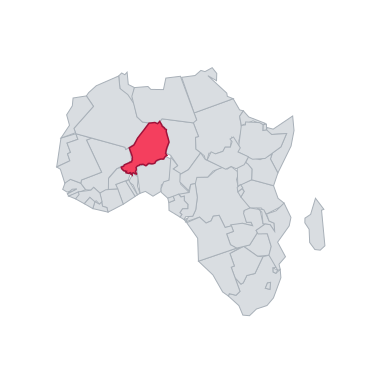 where Niger sits in Africa, rotated 340°
{"feature_id": "NER", "entity_name": "Niger", "entity_type": "country or territory", "adm_level": 0, "iso_a3": "NER", "parent_name": "Africa", "parent_adm1": "", "projection": "mercator", "projection_center": [6.366, 17.607], "detail": "fine", "context": "in_parent", "style": "filled", "palette": "rose", "viewbox_px": 384, "rotation_deg": 340, "n_neighbors": 49, "source": "natural_earth", "source_scale": "50m", "svg_char_len": 12858}
<svg xmlns="http://www.w3.org/2000/svg" viewBox="0 0 384 384"><g transform="rotate(340 192 192)"><path d="M252.2,200.9L270.8,214.0L270.7,227.4L274.7,233.9L271.9,236.0L254.5,238.2L251.6,230.7L241.1,226.9L237.2,220.5L236.2,213.4L241.2,209.3L240.0,201.5L252.2,200.9Z" fill="#d9dde1" stroke="#a8b0b8" stroke-width="1"/><path d="M102.8,97.5L102.8,103.5L91.3,103.3L91.4,113.2L88.1,113.5L87.9,120.9L73.4,122.2L87.3,96.5L102.8,97.5Z" fill="#d9dde1" stroke="#a8b0b8" stroke-width="1"/><path d="M236.2,213.4L241.1,226.9L234.1,227.6L232.8,239.2L237.2,240.6L237.5,244.5L228.6,238.6L211.0,236.7L209.5,223.2L203.7,222.0L200.0,225.7L194.6,226.0L190.5,218.2L176.0,217.9L181.0,213.4L184.4,215.0L189.4,210.0L195.1,199.0L198.3,182.8L201.6,179.9L211.9,183.4L223.3,179.1L229.3,179.2L233.0,182.5L237.5,181.4L242.6,189.8L238.1,195.5L236.2,213.4Z" fill="#d9dde1" stroke="#a8b0b8" stroke-width="1"/><path d="M279.2,203.5L277.0,187.8L281.1,182.7L291.0,180.0L300.9,169.4L286.5,165.2L282.6,160.2L284.6,157.1L289.8,160.7L312.6,155.0L308.9,169.1L300.8,182.7L279.2,203.5Z" fill="#d9dde1" stroke="#a8b0b8" stroke-width="1"/><path d="M270.8,214.0L252.2,200.9L256.2,190.9L252.6,182.6L257.1,178.2L267.0,184.9L280.1,183.8L277.0,187.8L279.2,203.5L270.8,214.0Z" fill="#d9dde1" stroke="#a8b0b8" stroke-width="1"/><path d="M219.5,168.6L216.8,167.0L215.6,166.0L215.9,162.0L210.2,153.0L214.0,141.8L217.1,142.1L216.9,125.9L221.0,125.9L221.0,118.4L262.6,118.4L264.8,131.1L268.0,133.3L262.6,137.2L260.5,149.5L253.5,160.0L252.5,167.0L248.1,154.2L243.3,163.0L238.5,161.2L234.9,164.4L227.1,164.2L221.2,161.3L217.1,167.2L219.5,168.6Z" fill="#d9dde1" stroke="#a8b0b8" stroke-width="1"/><path d="M216.9,127.5L217.1,142.1L214.0,141.8L210.2,153.0L213.5,158.2L196.3,169.8L186.9,171.4L182.2,163.9L187.5,162.3L184.5,150.3L180.8,146.6L186.8,138.4L189.1,124.5L185.4,115.1L188.9,113.0L216.9,127.5Z" fill="#d9dde1" stroke="#a8b0b8" stroke-width="1"/><path d="M190.6,302.2L192.3,300.3L198.0,304.1L203.1,301.8L203.1,287.3L206.5,295.3L209.1,294.9L215.0,289.2L223.3,290.1L236.5,277.1L242.7,277.7L245.3,285.8L245.0,291.5L242.2,291.0L240.9,295.0L243.0,297.1L248.4,295.0L246.2,303.0L232.3,319.4L223.7,324.3L212.5,324.0L203.7,327.9L197.7,325.1L197.2,314.8L190.6,302.2ZM234.9,303.8L231.8,303.3L228.0,307.5L231.9,310.2L234.9,303.8Z" fill="#d9dde1" stroke="#a8b0b8" stroke-width="1"/><path d="M234.9,303.8L231.9,310.2L228.0,307.5L231.8,303.3L234.9,303.8Z" fill="#d9dde1" stroke="#a8b0b8" stroke-width="1"/><path d="M242.7,277.7L231.6,274.8L221.9,260.8L228.1,261.5L239.5,252.6L248.5,257.0L247.8,270.3L242.7,277.7Z" fill="#d9dde1" stroke="#a8b0b8" stroke-width="1"/><path d="M236.5,277.1L223.3,290.1L215.0,289.2L209.1,294.9L206.5,295.3L203.1,287.3L203.1,276.1L206.5,276.0L206.6,262.7L221.9,260.8L231.6,274.8L236.5,277.1Z" fill="#d9dde1" stroke="#a8b0b8" stroke-width="1"/><path d="M203.1,276.1L203.1,301.8L198.0,304.1L192.3,300.3L190.6,302.2L186.6,296.4L183.3,277.1L174.4,259.2L221.2,260.2L206.6,262.7L206.5,276.0L203.1,276.1Z" fill="#d9dde1" stroke="#a8b0b8" stroke-width="1"/><path d="M74.6,149.4L71.4,145.3L76.7,139.0L82.1,138.5L90.5,145.7L92.9,153.5L74.7,153.7L74.2,151.0L84.7,149.7L74.6,149.4Z" fill="#d9dde1" stroke="#a8b0b8" stroke-width="1"/><path d="M92.9,153.5L90.5,145.7L92.3,142.9L113.8,142.5L110.6,107.1L116.0,107.0L144.3,127.0L144.3,129.4L148.2,129.0L146.0,142.2L129.5,144.4L119.2,149.8L114.3,161.0L105.1,161.5L101.2,154.0L97.6,155.7L92.9,153.5Z" fill="#d9dde1" stroke="#a8b0b8" stroke-width="1"/><path d="M73.4,122.2L87.9,120.9L88.1,113.5L91.4,113.2L91.3,103.3L102.8,103.5L102.8,97.5L116.0,107.0L110.6,107.1L113.8,142.5L92.3,142.9L90.5,145.7L82.1,138.5L75.5,140.2L76.1,125.6L73.4,122.2Z" fill="#d9dde1" stroke="#a8b0b8" stroke-width="1"/><path d="M142.7,175.5L139.8,176.0L139.1,165.4L136.0,160.6L143.2,154.3L146.6,159.7L142.8,167.6L142.7,175.5Z" fill="#d9dde1" stroke="#a8b0b8" stroke-width="1"/><path d="M142.7,175.5L148.6,148.8L164.9,152.2L179.2,149.4L184.4,154.8L174.5,173.0L165.6,174.9L163.1,180.8L153.9,182.6L148.4,175.5L142.7,175.5Z" fill="#d9dde1" stroke="#a8b0b8" stroke-width="1"/><path d="M184.1,152.0L187.5,162.3L182.2,163.9L187.4,170.5L184.1,180.9L189.2,191.5L167.1,189.5L163.0,181.8L164.0,178.3L168.8,172.8L174.5,173.0L184.1,152.0Z" fill="#d9dde1" stroke="#a8b0b8" stroke-width="1"/><path d="M136.4,158.7L139.8,176.0L137.0,176.7L133.1,159.8L136.4,158.7Z" fill="#d9dde1" stroke="#a8b0b8" stroke-width="1"/><path d="M133.3,158.6L137.0,176.7L123.2,180.0L122.9,158.8L133.3,158.6Z" fill="#d9dde1" stroke="#a8b0b8" stroke-width="1"/><path d="M105.1,161.5L111.5,160.4L123.3,163.6L123.2,180.0L106.2,182.2L106.7,177.5L103.1,174.8L105.1,161.5Z" fill="#d9dde1" stroke="#a8b0b8" stroke-width="1"/><path d="M85.2,153.0L97.6,155.7L101.2,154.0L105.1,161.5L104.2,170.5L100.9,171.8L99.0,167.5L96.4,168.1L94.2,162.1L86.8,166.2L80.2,158.6L85.2,153.0Z" fill="#d9dde1" stroke="#a8b0b8" stroke-width="1"/><path d="M74.7,153.7L85.2,153.0L85.0,155.8L80.2,158.6L74.7,153.7Z" fill="#d9dde1" stroke="#a8b0b8" stroke-width="1"/><path d="M103.6,170.5L103.1,174.8L106.7,177.5L106.2,182.2L93.1,173.7L97.4,167.9L100.9,171.8L103.6,170.5Z" fill="#d9dde1" stroke="#a8b0b8" stroke-width="1"/><path d="M86.8,166.2L94.2,162.1L97.4,167.9L93.1,173.7L86.8,166.2Z" fill="#d9dde1" stroke="#a8b0b8" stroke-width="1"/><path d="M114.3,161.0L118.2,150.7L129.5,144.4L134.6,144.6L136.8,152.1L140.9,152.9L136.4,158.7L122.9,158.8L123.3,163.6L114.3,161.0Z" fill="#d9dde1" stroke="#a8b0b8" stroke-width="1"/><path d="M229.3,179.2L218.9,179.6L211.9,183.4L201.6,179.9L198.0,185.2L193.4,184.5L189.4,189.6L184.0,178.4L186.9,171.4L196.3,169.8L213.5,158.2L215.6,166.0L229.3,179.2Z" fill="#d9dde1" stroke="#a8b0b8" stroke-width="1"/><path d="M198.0,185.2L195.1,199.0L189.4,210.0L184.4,215.0L177.5,213.1L175.1,215.2L172.2,211.5L174.8,209.6L173.5,207.3L177.4,204.4L182.3,206.2L183.9,202.2L181.8,197.4L183.3,193.3L179.9,192.9L179.1,189.6L189.2,191.5L193.4,184.5L198.0,185.2Z" fill="#d9dde1" stroke="#a8b0b8" stroke-width="1"/><path d="M172.8,189.6L178.7,189.4L179.9,192.9L183.3,193.3L181.8,197.4L183.9,202.2L182.3,206.2L177.4,204.4L173.5,207.3L174.8,209.6L172.2,211.5L164.1,201.4L166.6,194.0L172.8,193.8L172.8,189.6Z" fill="#d9dde1" stroke="#a8b0b8" stroke-width="1"/><path d="M167.1,189.5L172.8,189.6L172.8,193.8L166.6,194.0L167.1,189.5Z" fill="#d9dde1" stroke="#a8b0b8" stroke-width="1"/><path d="M241.1,226.9L249.9,231.7L247.9,246.1L249.8,247.1L239.1,250.0L239.5,252.6L228.1,261.5L214.7,260.0L210.1,254.7L210.2,243.2L217.5,243.2L217.2,236.1L228.6,238.6L237.5,244.5L237.2,240.6L232.8,239.2L233.1,229.8L235.0,227.2L241.1,226.9Z" fill="#d9dde1" stroke="#a8b0b8" stroke-width="1"/><path d="M248.2,230.1L253.5,233.4L254.5,245.6L258.5,249.4L256.2,257.4L254.2,249.4L247.9,246.1L250.7,234.7L248.2,230.1Z" fill="#d9dde1" stroke="#a8b0b8" stroke-width="1"/><path d="M254.5,238.2L264.7,238.4L274.7,233.9L276.3,249.7L271.7,257.1L255.3,268.4L257.7,284.8L249.1,289.6L248.4,295.0L245.8,294.9L242.7,277.7L247.8,270.3L248.5,257.0L239.7,254.0L239.1,250.0L249.8,247.1L254.2,249.4L256.2,257.4L258.5,249.4L254.5,245.6L254.5,238.2Z" fill="#d9dde1" stroke="#a8b0b8" stroke-width="1"/><path d="M245.8,294.9L243.0,297.1L240.9,295.0L242.2,291.0L245.8,294.9Z" fill="#d9dde1" stroke="#a8b0b8" stroke-width="1"/><path d="M175.1,215.2L177.6,215.1L176.0,217.9L175.1,215.2ZM176.5,219.0L190.5,218.2L194.6,226.0L200.0,225.7L203.7,222.0L209.5,223.2L211.0,236.7L217.5,237.2L217.5,243.2L210.2,243.2L210.1,254.7L214.7,260.0L174.4,259.2L181.5,237.4L176.5,219.0Z" fill="#d9dde1" stroke="#a8b0b8" stroke-width="1"/><path d="M240.2,206.0L241.2,209.3L236.2,213.4L235.1,207.5L240.2,206.0Z" fill="#d9dde1" stroke="#a8b0b8" stroke-width="1"/><path d="M305.9,240.1L310.0,253.4L307.5,253.4L298.5,288.0L292.6,290.5L287.8,288.1L285.3,279.7L289.3,267.1L287.5,259.6L289.2,255.2L295.8,253.6L305.9,240.1Z" fill="#d9dde1" stroke="#a8b0b8" stroke-width="1"/><path d="M74.2,151.0L80.3,148.4L84.7,149.7L74.2,151.0Z" fill="#d9dde1" stroke="#a8b0b8" stroke-width="1"/><path d="M166.5,85.9L159.7,70.1L162.8,57.9L166.6,56.1L169.0,58.8L172.0,57.2L168.9,69.2L173.6,74.2L166.5,85.9Z" fill="#d9dde1" stroke="#a8b0b8" stroke-width="1"/><path d="M102.8,97.5L102.8,91.8L128.7,77.8L125.6,65.6L129.0,63.2L138.4,59.4L162.8,57.9L159.7,70.1L165.0,78.5L167.7,89.4L166.0,102.6L169.4,109.3L175.4,112.8L153.2,127.4L144.3,129.4L144.3,127.0L102.8,97.5Z" fill="#d9dde1" stroke="#a8b0b8" stroke-width="1"/><path d="M261.1,146.4L262.6,137.2L268.0,133.3L271.0,140.9L284.4,152.6L281.9,153.2L273.7,146.0L261.1,146.4Z" fill="#d9dde1" stroke="#a8b0b8" stroke-width="1"/><path d="M87.3,96.5L99.7,87.4L100.6,76.6L109.0,70.1L112.4,63.0L125.6,65.6L128.7,77.8L102.8,91.8L102.8,96.5L87.3,96.5Z" fill="#d9dde1" stroke="#a8b0b8" stroke-width="1"/><path d="M262.6,118.4L221.0,118.4L221.5,80.7L234.7,83.6L241.9,80.8L245.4,83.3L253.5,82.1L255.8,89.1L253.1,95.8L246.7,88.1L258.5,111.0L257.9,114.2L262.6,118.4Z" fill="#d9dde1" stroke="#a8b0b8" stroke-width="1"/><path d="M220.7,79.3L221.0,125.9L216.9,127.5L188.9,113.0L182.9,116.5L169.4,109.3L166.0,102.6L168.2,81.5L173.6,74.2L186.7,77.8L188.4,81.5L200.2,86.0L206.4,76.0L220.7,79.3Z" fill="#d9dde1" stroke="#a8b0b8" stroke-width="1"/><path d="M300.9,169.4L291.0,180.0L272.1,185.5L260.1,181.9L248.9,170.1L261.1,146.4L265.2,147.2L266.3,144.5L279.2,149.9L281.9,153.2L279.8,158.5L283.3,159.0L286.5,165.2L300.9,169.4Z" fill="#d9dde1" stroke="#a8b0b8" stroke-width="1"/><path d="M281.9,153.2L285.2,153.7L283.3,159.0L279.8,158.5L281.9,153.2Z" fill="#d9dde1" stroke="#a8b0b8" stroke-width="1"/><path d="M252.2,200.9L237.0,202.3L242.9,184.3L252.6,182.6L254.2,185.1L256.2,190.9L252.2,200.9Z" fill="#d9dde1" stroke="#a8b0b8" stroke-width="1"/><path d="M240.0,201.5L241.2,205.6L235.1,207.5L236.0,203.2L240.0,201.5Z" fill="#d9dde1" stroke="#a8b0b8" stroke-width="1"/><path d="M241.4,185.2L237.5,181.4L231.4,182.1L217.1,167.2L223.7,160.8L227.1,164.2L234.9,164.4L238.5,161.2L243.3,163.0L246.9,158.4L245.8,155.2L249.8,154.5L252.5,167.0L248.9,170.1L257.1,178.2L250.4,184.2L241.4,185.2Z" fill="#d9dde1" stroke="#a8b0b8" stroke-width="1"/><path d="M181.0,149.0L180.4,149.0L180.0,149.1L179.5,149.5L179.0,149.6L178.4,149.9L178.0,150.2L177.7,150.4L177.1,150.8L177.0,151.2L176.5,151.3L175.8,151.2L175.3,150.8L174.3,150.5L173.6,150.3L173.3,150.3L171.7,150.2L170.0,150.3L169.1,150.5L168.5,150.8L168.1,151.0L167.0,152.2L165.5,152.2L164.7,152.0L164.0,151.9L162.9,151.3L161.7,150.5L161.2,150.4L160.7,150.3L159.1,151.2L158.8,151.1L158.4,151.2L158.2,151.4L158.0,151.5L157.8,151.6L157.6,151.5L157.4,151.4L157.1,151.1L156.5,150.2L156.4,150.1L156.1,149.8L155.7,149.4L155.4,149.2L155.2,149.1L153.7,148.8L152.5,148.4L152.3,148.4L152.1,148.5L151.6,148.8L151.2,148.9L150.5,148.8L150.2,148.8L149.6,148.9L149.3,149.0L148.8,149.2L148.1,149.7L148.0,149.8L147.8,149.9L147.6,151.3L147.4,151.8L147.1,152.3L146.5,152.9L146.0,153.2L146.0,153.7L146.0,154.4L146.0,154.9L146.0,155.2L146.0,155.4L145.9,155.5L146.1,155.8L146.1,156.0L145.9,156.2L145.6,155.9L145.4,155.7L145.0,155.6L144.8,155.4L144.7,155.2L144.3,154.7L143.4,153.8L143.1,153.8L142.8,153.9L142.7,154.0L142.4,154.1L141.9,154.2L141.6,154.3L141.5,154.5L141.7,155.1L141.6,155.5L141.5,155.3L141.0,154.6L140.6,154.1L140.5,153.8L140.7,153.7L141.0,153.6L141.0,153.2L140.8,152.8L140.6,152.6L140.3,152.6L140.1,152.6L139.7,152.9L139.1,152.9L138.7,152.8L138.5,152.7L137.8,152.1L137.1,151.5L136.8,151.4L136.7,151.4L136.7,150.9L136.7,150.4L136.7,150.2L137.0,150.3L137.4,150.3L137.5,150.2L137.2,150.1L136.8,149.8L136.7,149.5L136.6,149.4L136.4,149.3L136.2,149.3L136.0,149.2L135.9,149.1L135.7,149.1L135.4,149.0L135.1,148.5L134.8,148.0L134.6,147.7L134.5,147.4L134.6,147.0L134.5,146.9L134.1,146.5L133.8,146.1L133.9,145.6L134.0,145.1L134.0,144.8L134.0,144.6L134.1,144.4L134.3,144.4L134.8,144.4L135.8,144.5L136.6,144.4L137.2,143.8L137.8,143.3L138.8,143.3L139.8,143.2L140.6,143.2L141.7,143.1L142.7,143.1L143.8,143.1L143.8,142.8L144.0,142.8L144.8,142.9L145.5,143.0L145.6,142.5L146.3,142.0L146.6,141.9L146.9,141.6L146.9,141.3L147.0,141.0L147.1,140.9L147.2,140.5L147.3,140.0L147.7,139.4L147.9,138.5L148.0,137.7L148.0,137.1L148.1,135.9L148.1,134.9L148.1,133.9L148.1,132.8L148.1,131.8L148.1,130.7L148.1,129.7L148.1,129.1L148.9,128.9L149.6,128.8L150.8,128.5L152.1,128.3L153.4,128.0L153.7,127.8L154.8,126.9L155.2,126.5L156.2,125.6L156.9,125.0L157.8,124.1L158.7,123.3L159.5,122.6L160.7,121.9L162.5,120.7L164.3,119.6L166.2,118.4L168.0,117.3L169.8,116.1L171.6,114.9L173.4,113.8L175.2,112.6L177.1,113.1L178.8,113.5L180.6,113.9L181.0,114.1L181.9,115.0L183.1,116.0L184.3,115.4L185.8,114.6L186.2,116.8L186.5,118.7L186.5,119.9L186.5,120.2L186.6,120.4L186.9,120.6L188.0,122.3L187.8,122.6L187.9,123.2L188.2,123.4L189.1,124.4L189.3,124.6L189.2,124.8L188.6,126.0L188.5,126.3L188.3,127.8L188.2,128.9L188.1,130.3L188.0,132.1L187.9,133.6L187.7,135.5L187.5,137.3L186.6,138.3L185.0,140.1L183.7,141.6L183.0,142.5L181.7,144.4L181.1,145.6L180.7,146.3L180.4,146.6L180.6,147.4L181.0,149.0Z" fill="#f43f5e" stroke="#9f1239" stroke-width="1.5"/></g></svg>